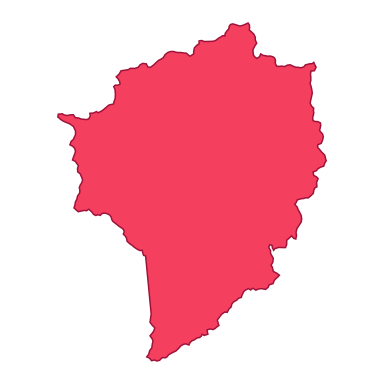 Sete Barras, São Paulo, Brazil (Mercator projection)
{"feature_id": "56859067B13944470581670", "entity_name": "Sete Barras", "entity_type": "district", "adm_level": 2, "iso_a3": "BRA", "parent_name": "Brazil", "parent_adm1": "São Paulo", "projection": "mercator", "projection_center": [-47.936, -24.296], "detail": "fine", "context": "isolated", "style": "filled", "palette": "rose", "viewbox_px": 384, "rotation_deg": 0, "n_neighbors": 0, "source": "geoboundaries", "source_scale": "gbopen_adm2", "svg_char_len": 4408}
<svg xmlns="http://www.w3.org/2000/svg" viewBox="0 0 384 384"><path d="M58.3,114.2L57.8,116.9L59.9,118.8L62.3,120.6L64.3,121.6L66.9,122.7L68.9,123.5L70.9,124.6L73.5,126.6L75.5,130.9L75.5,134.7L73.2,139.6L71.2,141.3L69.9,144.8L72.8,146.3L74.8,148.6L75.5,151.7L74.7,153.9L73.6,156.7L72.5,160.0L75.3,161.3L76.9,163.7L78.4,165.6L77.5,168.3L77.7,171.9L80.1,173.7L81.7,177.4L82.6,179.9L81.8,182.6L80.2,185.2L79.3,187.6L79.9,190.6L79.6,193.1L77.5,196.1L76.9,199.1L75.4,202.0L75.0,204.7L74.0,207.9L75.7,209.5L78.2,211.7L81.4,211.0L84.5,210.4L86.7,210.7L88.7,209.2L91.6,211.7L93.6,214.4L95.8,215.5L97.9,214.7L100.2,215.4L102.2,213.4L105.2,213.1L107.5,213.9L109.6,214.9L111.1,216.9L111.7,219.3L112.7,221.2L114.9,223.0L117.0,224.6L119.3,226.5L121.8,228.1L123.7,229.7L124.2,232.0L123.3,234.1L125.3,236.1L126.6,238.4L127.1,241.3L129.7,243.7L132.1,245.3L133.8,246.9L135.7,248.2L137.9,249.6L140.1,250.6L142.2,250.2L142.7,252.7L143.6,255.4L145.7,256.0L145.9,259.3L146.2,262.0L151.2,314.1L150.6,317.9L150.0,322.3L152.6,325.7L154.8,327.7L154.0,330.5L152.5,332.9L150.0,335.8L152.4,339.2L153.0,341.2L152.3,344.1L151.8,347.8L149.7,350.6L148.8,354.1L146.7,356.9L149.4,358.1L151.6,360.7L154.8,360.0L156.7,361.0L159.6,360.3L162.3,357.6L165.5,357.8L167.2,356.7L168.5,354.8L172.1,352.8L176.0,350.9L179.0,348.0L180.9,345.8L183.7,344.2L185.8,343.9L188.9,345.0L190.1,342.4L192.2,340.7L194.4,339.8L197.2,337.8L199.5,337.6L201.2,336.3L202.1,334.3L204.3,335.4L207.9,334.2L207.0,329.9L210.3,328.9L212.9,329.6L215.0,328.6L217.1,326.7L218.9,325.5L218.1,322.9L217.3,320.1L219.9,316.5L221.7,314.2L224.6,312.1L227.2,312.3L229.1,308.8L231.0,307.2L231.9,303.9L233.6,301.9L236.7,300.2L238.5,298.3L241.3,297.4L242.0,295.1L244.0,291.2L246.2,289.7L248.4,288.6L250.7,290.0L252.8,288.2L255.9,290.2L258.1,289.1L261.3,288.6L265.6,289.4L268.2,287.2L269.2,284.8L273.1,283.6L274.2,280.5L275.8,278.7L277.7,277.1L279.4,275.2L276.7,273.2L273.3,271.4L272.3,267.1L271.1,265.2L272.8,262.3L273.3,258.3L270.6,253.5L270.5,250.5L268.8,247.6L269.6,244.8L272.0,245.3L272.4,247.6L273.6,250.3L275.0,248.6L278.8,247.4L282.7,247.6L285.5,247.6L286.7,244.5L286.7,240.3L289.2,238.1L291.6,235.9L293.8,238.4L295.8,239.0L296.5,235.5L296.0,232.2L297.1,228.3L299.2,225.2L301.2,222.0L301.7,218.8L301.1,215.3L299.6,212.2L298.1,209.6L297.1,206.9L294.7,204.4L296.1,202.7L297.3,199.9L300.8,198.8L303.6,198.5L305.7,197.8L308.2,197.9L310.6,196.0L313.3,193.4L313.8,190.3L314.8,188.0L316.9,186.8L316.6,182.4L318.1,178.6L316.5,176.9L313.7,175.4L313.1,171.9L316.4,170.7L318.1,168.6L320.8,167.1L323.7,166.2L324.7,163.2L326.2,160.8L325.5,158.4L324.8,155.2L321.7,152.1L319.4,149.3L317.7,147.5L317.8,144.7L321.2,143.4L322.6,140.0L323.3,136.7L322.6,134.1L321.1,132.5L319.6,130.5L320.1,128.3L320.7,125.7L320.5,123.0L317.9,121.6L315.2,121.5L313.1,120.7L312.6,118.0L313.4,114.9L313.8,112.7L313.4,110.6L313.7,108.1L311.7,106.3L310.2,103.5L310.5,101.2L311.5,96.8L312.3,93.0L311.6,88.6L310.8,85.5L310.1,83.4L310.8,80.6L310.8,76.9L310.5,74.3L311.0,71.1L314.4,70.7L316.1,67.1L314.6,64.4L313.8,62.4L312.1,63.7L309.6,63.8L305.4,64.9L303.9,66.8L300.9,67.8L298.1,67.3L295.9,67.3L292.7,66.0L290.2,64.8L287.5,65.1L284.4,66.6L282.1,66.1L278.9,66.4L276.7,66.2L275.3,63.4L275.5,60.7L274.8,58.3L273.0,56.8L270.0,56.0L268.0,56.2L262.9,55.3L260.7,53.9L259.6,56.6L257.0,58.4L255.1,57.2L253.4,55.1L252.9,49.9L254.9,45.8L256.7,43.3L255.3,40.0L255.3,37.2L253.8,34.1L251.2,31.6L249.3,30.1L249.6,27.4L249.4,24.9L248.1,23.0L243.5,25.1L239.9,26.1L235.6,24.7L232.8,23.9L230.4,24.5L229.1,26.6L228.8,28.8L227.0,30.8L225.2,33.4L224.8,35.9L222.6,35.7L220.4,37.2L218.5,38.2L215.9,40.3L213.5,41.2L210.3,41.4L204.2,41.5L201.7,40.5L199.1,40.9L199.0,43.9L197.0,45.1L194.4,47.9L193.7,51.3L193.7,53.8L190.1,56.2L188.2,54.9L186.4,53.2L184.0,53.0L180.6,52.5L177.3,52.5L173.0,51.4L170.1,51.6L167.6,52.6L165.1,54.6L163.3,57.6L161.0,59.2L158.5,60.4L156.1,62.6L153.8,64.8L150.5,67.3L147.9,67.0L146.2,63.8L142.6,63.4L139.9,65.0L138.2,67.3L134.8,68.4L130.4,68.3L128.2,69.7L125.4,70.1L121.0,70.8L119.1,74.2L116.2,76.8L118.3,79.1L119.6,81.5L120.1,84.0L118.2,85.2L115.4,85.1L113.7,86.6L115.0,89.4L115.4,94.1L115.2,98.5L114.1,101.4L113.5,104.0L111.1,104.5L108.8,105.1L106.6,107.0L102.7,110.3L100.1,111.8L98.1,112.7L96.4,111.6L93.5,113.0L89.8,113.3L90.3,115.9L88.8,118.8L86.6,119.6L83.9,119.3L80.9,119.0L78.7,118.0L75.3,117.6L73.3,114.7L70.0,114.9L67.6,115.5L64.6,115.1L62.3,113.8L58.3,114.2Z" fill="#f43f5e" stroke="#9f1239" stroke-width="1.5"/></svg>